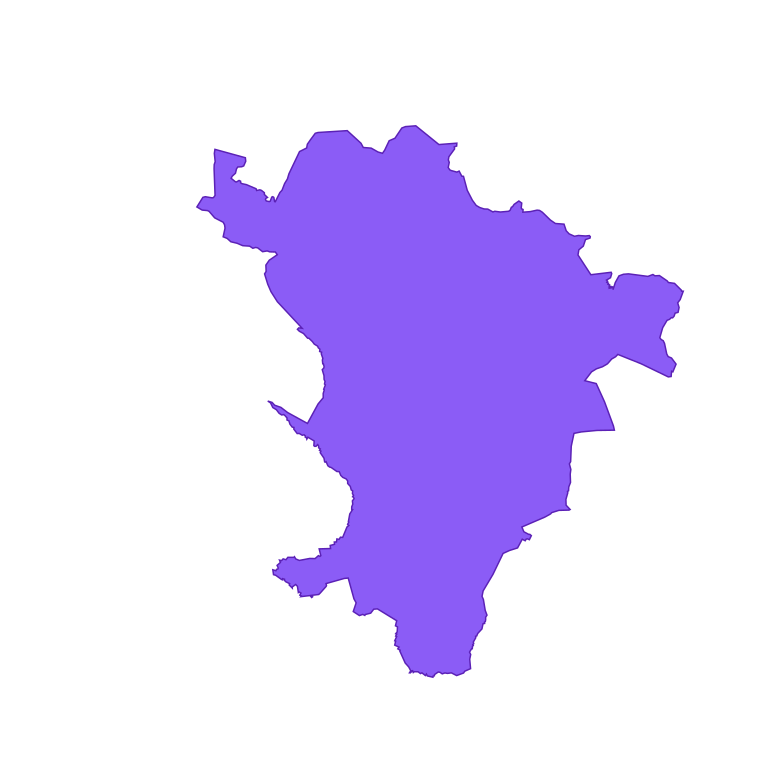 outline of Santiago de Anaya, Hidalgo, Mexico, rotated 296°
{"feature_id": "50627088B8235398301321", "entity_name": "Santiago de Anaya", "entity_type": "district", "adm_level": 2, "iso_a3": "MEX", "parent_name": "Mexico", "parent_adm1": "Hidalgo", "projection": "albers", "projection_center": [-99.002, 20.428], "detail": "fine", "context": "isolated", "style": "filled", "palette": "violet", "viewbox_px": 768, "rotation_deg": 296, "n_neighbors": 0, "source": "geoboundaries", "source_scale": "gbopen_adm2", "svg_char_len": 6171}
<svg xmlns="http://www.w3.org/2000/svg" viewBox="0 0 768 768"><g transform="rotate(296 384 384)"><path d="M594.6,373.9L605.5,364.4L604.9,362.8L608.3,358.2L606.4,356.6L605.3,350.8L605.3,349.3L606.7,346.8L611.8,345.5L613.6,343.6L616.7,342.7L626.2,344.4L627.9,343.2L629.7,345.0L632.4,343.9L623.3,328.4L630.0,299.4L624.8,290.5L621.9,287.8L609.7,286.1L604.9,282.0L594.5,282.1L590.7,281.5L589.9,276.9L590.4,269.1L587.5,261.7L590.3,257.8L595.6,239.9L581.1,214.4L579.2,212.3L571.7,210.9L565.9,210.0L562.2,211.0L555.9,206.2L531.2,206.4L526.0,207.3L520.6,206.8L513.5,207.4L510.5,206.5L500.2,206.4L500.0,205.7L503.4,203.2L503.6,201.9L502.8,201.2L498.5,201.6L497.7,201.0L496.9,198.0L497.8,196.6L499.0,196.4L500.6,197.5L501.9,193.4L503.5,192.6L504.3,189.0L504.1,187.3L502.1,184.7L503.4,183.5L502.9,173.0L501.8,168.5L502.0,166.9L503.4,166.2L503.4,164.5L501.0,162.9L500.6,161.8L501.9,156.4L504.3,156.5L508.3,158.1L512.8,157.1L515.0,157.5L516.9,160.9L518.5,162.3L523.6,162.1L526.6,160.2L520.8,129.2L516.9,130.4L509.8,134.8L506.8,135.2L503.0,136.9L479.4,149.5L476.8,149.0L476.0,148.0L474.0,141.3L472.4,139.4L461.1,138.2L460.6,144.3L462.5,149.4L462.5,151.1L459.1,159.0L458.9,168.5L457.2,170.9L454.4,172.8L445.8,174.9L446.1,179.2L444.7,184.0L446.1,190.3L446.4,196.4L449.0,202.8L448.5,206.6L450.4,208.7L451.0,210.7L449.7,216.9L452.4,220.7L452.7,223.4L455.0,228.5L453.4,231.4L445.0,226.6L439.1,225.7L433.5,228.7L430.6,228.4L422.7,235.8L417.4,242.0L411.2,252.1L398.2,286.0L397.1,282.8L395.2,282.2L394.3,284.8L394.1,289.5L391.7,295.2L392.2,296.5L390.7,301.1L389.3,303.8L388.9,307.9L387.8,308.9L387.2,311.1L385.0,311.9L385.2,314.0L383.6,314.4L380.2,317.8L378.5,318.1L375.3,320.1L375.5,320.7L373.4,322.5L372.0,322.9L369.8,322.2L365.2,326.4L361.9,328.1L360.4,329.9L357.9,330.5L357.5,331.7L352.8,332.1L352.5,332.9L348.8,333.5L345.0,335.4L337.2,333.5L315.0,332.5L316.1,309.9L317.8,301.6L317.0,295.0L318.4,291.5L317.7,287.0L317.3,290.3L314.1,294.4L313.7,298.6L311.7,302.5L311.3,305.6L312.5,307.2L312.3,308.5L311.0,311.7L309.1,312.6L309.2,314.7L306.7,317.0L305.0,320.4L305.5,322.1L303.9,322.7L301.4,327.7L302.4,329.5L302.1,333.0L303.3,334.4L302.8,336.2L301.8,336.4L301.8,337.7L300.6,338.8L302.8,338.9L302.2,346.2L297.8,348.0L297.6,349.1L298.2,350.2L300.5,351.0L299.5,352.5L298.0,353.2L297.7,355.2L296.1,355.1L296.0,356.7L294.3,356.8L291.0,362.6L288.1,364.7L287.9,365.3L288.8,366.0L285.9,369.4L285.5,371.5L285.8,373.1L284.7,380.0L285.6,382.2L282.9,385.2L282.0,387.9L282.1,391.5L281.0,393.8L278.6,395.0L277.2,398.6L274.4,401.0L274.3,402.6L271.6,403.7L270.6,405.4L268.9,405.2L268.9,406.2L267.8,407.4L265.1,406.8L262.3,408.6L259.5,408.8L257.0,410.0L257.3,410.8L252.2,410.2L244.7,412.3L244.5,412.9L241.9,412.8L241.4,414.4L239.3,413.4L228.0,414.1L227.2,412.0L224.6,411.7L224.1,409.6L221.2,410.5L220.2,408.6L218.2,409.8L215.3,406.4L212.7,408.1L207.4,398.0L202.0,402.5L201.0,402.0L201.0,400.3L196.9,398.6L194.7,393.8L188.3,385.2L188.1,381.4L189.5,379.2L188.7,379.0L186.1,373.6L183.1,372.9L182.6,370.0L180.3,369.3L179.9,367.3L178.2,369.1L174.1,367.4L172.3,369.6L171.2,369.7L170.3,368.7L168.8,368.7L168.3,365.5L164.2,368.3L164.6,370.5L163.4,377.6L163.5,378.7L164.6,378.3L164.9,380.2L163.9,380.6L163.2,382.4L163.2,386.7L161.8,386.9L160.4,391.0L161.3,390.5L165.1,392.5L164.2,394.9L159.1,398.4L159.9,398.7L159.7,401.0L157.3,400.9L157.3,402.8L156.5,402.6L161.4,410.2L160.4,412.6L161.5,413.1L162.2,411.4L166.2,417.6L168.1,418.3L176.6,420.7L177.6,420.7L179.2,419.4L191.8,433.5L193.9,436.9L177.7,451.2L175.1,454.9L166.0,456.1L165.1,463.4L167.6,465.9L167.6,468.2L168.7,468.3L172.2,472.5L177.1,473.5L179.0,476.7L176.8,499.2L171.7,500.3L171.6,502.6L167.0,504.5L164.7,504.0L164.8,505.1L162.5,505.0L162.5,506.1L157.9,506.2L158.0,507.2L154.0,508.1L154.1,512.8L152.0,512.5L151.8,515.2L150.9,515.3L142.5,525.4L140.5,530.3L137.9,533.8L135.6,533.5L135.9,534.3L137.6,534.9L138.2,534.3L138.9,535.4L137.5,536.8L138.7,537.4L140.3,540.8L139.7,543.7L141.0,544.7L140.1,549.0L141.9,549.3L140.6,550.9L141.9,556.5L143.0,556.2L143.8,557.2L145.0,556.8L148.9,559.0L149.4,560.6L149.0,563.4L151.0,565.4L151.7,567.9L153.9,571.2L153.8,577.1L159.1,582.2L161.3,582.5L166.1,586.6L174.2,581.7L178.9,580.5L180.5,578.4L184.5,578.8L184.8,579.4L187.0,578.5L188.1,578.9L188.7,578.0L189.9,578.5L191.2,577.4L196.1,577.7L197.4,576.9L198.2,577.8L200.8,577.6L206.8,579.4L211.9,578.1L212.9,579.4L213.9,578.7L214.9,579.2L216.7,578.7L218.9,577.6L221.4,577.9L224.9,574.2L233.9,567.8L236.1,565.2L241.5,563.8L260.7,565.4L283.9,565.3L289.4,569.8L295.2,575.9L305.1,576.3L305.0,579.6L306.9,579.8L307.7,580.8L307.8,582.9L312.3,582.9L312.8,581.0L312.3,580.0L312.5,574.5L315.9,570.6L335.0,587.0L340.3,590.7L341.9,591.1L347.1,596.6L351.8,605.6L352.8,606.3L354.9,600.8L360.0,598.1L366.7,596.9L367.9,596.0L368.9,596.7L372.5,595.2L377.3,594.8L384.6,590.9L389.1,589.4L393.5,585.6L396.0,585.8L410.1,579.6L422.9,576.4L427.4,582.3L435.6,595.7L443.5,611.3L446.9,608.6L464.6,590.1L477.4,574.6L475.0,563.0L485.9,565.2L490.8,568.3L495.3,572.8L500.1,576.0L506.3,577.7L510.0,580.2L513.1,581.2L514.9,606.2L515.0,636.4L516.6,638.8L521.5,636.9L521.5,638.3L529.9,637.8L533.4,631.0L533.2,627.4L534.9,625.0L543.5,618.3L545.3,616.0L545.5,613.6L546.5,611.6L556.8,609.8L565.3,610.5L567.3,612.3L569.6,613.2L570.0,614.4L572.1,615.0L575.3,614.6L577.3,616.9L582.1,615.7L585.7,612.4L589.7,613.2L598.6,612.3L597.9,610.7L598.7,610.1L601.8,601.0L599.9,595.1L600.8,593.4L602.2,584.0L600.0,580.1L600.3,577.7L596.4,574.0L590.2,555.5L587.6,551.1L584.2,547.8L576.6,547.4L569.1,548.5L571.3,547.8L569.4,545.2L571.0,545.9L570.1,544.3L571.0,544.6L570.7,543.5L572.0,543.3L571.8,541.6L573.0,541.6L573.1,539.7L574.3,540.0L574.9,538.4L578.8,541.0L583.0,540.3L584.0,539.2L572.9,522.0L585.0,501.8L590.0,500.3L595.3,502.7L602.1,501.8L605.5,505.2L606.9,504.8L607.4,503.5L605.4,500.3L602.7,493.6L600.3,490.5L600.1,484.5L601.6,480.6L606.6,475.7L603.4,467.7L604.3,461.7L607.8,451.0L608.2,447.7L607.4,445.4L603.0,439.8L599.3,433.5L601.8,432.5L601.8,430.8L602.6,430.1L607.0,428.5L607.6,425.0L602.5,422.2L599.7,421.8L598.7,421.0L595.4,421.2L593.9,420.3L589.6,413.2L587.8,407.8L586.4,406.5L586.7,400.6L585.2,397.2L584.6,392.7L584.9,388.6L587.9,382.9L594.6,373.9Z" fill="#8b5cf6" stroke="#5b21b6" stroke-width="1.5"/></g></svg>